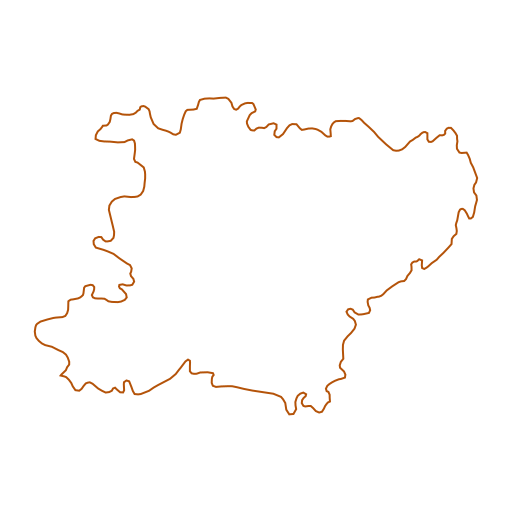 outline of Mogilev, Mogilev, Belarus, rotated 179°
{"feature_id": "67162791B13586571917215", "entity_name": "Mogilev", "entity_type": "district", "adm_level": 2, "iso_a3": "BLR", "parent_name": "Belarus", "parent_adm1": "Mogilev", "projection": "albers", "projection_center": [30.317, 53.845], "detail": "fine", "context": "isolated", "style": "outline", "palette": "amber", "viewbox_px": 512, "rotation_deg": 179, "n_neighbors": 0, "source": "geoboundaries", "source_scale": "gbopen_adm2", "svg_char_len": 6080}
<svg xmlns="http://www.w3.org/2000/svg" viewBox="0 0 512 512"><g transform="rotate(179 256 256)"><path d="M406.9,388.9L407.3,388.1L409.3,385.6L412.0,383.3L414.0,379.6L414.4,375.8L410.6,373.9L405.9,373.2L399.9,372.9L392.1,372.0L385.5,372.2L382.2,373.8L377.8,374.8L375.9,373.5L375.1,370.6L375.0,367.5L375.0,364.2L375.4,361.1L376.3,355.2L375.0,352.2L372.8,351.5L366.7,346.5L365.6,342.4L365.4,339.5L365.5,335.4L366.1,330.9L366.5,327.2L367.7,322.9L370.2,319.4L373.3,317.6L376.1,317.2L380.0,317.1L386.6,317.9L390.4,317.3L396.0,315.5L399.2,312.9L401.7,309.0L402.3,304.7L399.4,291.8L398.8,289.2L397.4,282.7L397.6,279.3L398.2,276.6L401.0,273.7L404.1,273.2L406.1,273.2L408.6,275.0L410.3,277.6L413.0,277.8L416.5,276.5L418.2,273.9L418.0,270.6L416.0,267.2L408.3,264.8L404.2,263.2L398.4,260.6L392.7,256.1L385.2,250.8L382.1,249.1L380.5,245.8L381.1,242.5L382.0,240.6L381.3,238.0L379.0,235.3L378.3,232.5L380.2,229.4L382.5,228.8L386.1,228.8L389.8,230.0L393.1,229.5L393.5,227.9L392.7,226.1L390.7,225.0L388.4,222.3L386.6,220.2L386.0,216.8L388.0,214.4L391.7,212.8L394.9,212.3L400.9,212.6L404.4,213.3L406.0,214.5L408.2,215.9L411.5,216.2L414.6,216.2L417.7,216.5L419.8,217.5L420.8,219.8L419.0,223.4L418.4,225.6L418.3,227.8L419.8,229.7L422.0,230.1L427.2,228.8L428.4,227.3L429.2,221.6L429.7,220.0L431.1,218.7L432.6,217.6L434.7,216.7L439.8,215.8L441.9,215.6L443.3,214.8L444.4,214.0L444.6,209.0L444.8,205.5L445.8,202.2L447.7,199.4L450.6,198.3L457.2,197.9L459.6,197.6L465.6,196.2L472.6,194.2L476.0,192.0L477.1,190.7L477.8,188.6L478.5,184.4L478.0,180.2L476.9,177.7L474.6,174.9L471.6,172.3L468.4,170.6L461.7,168.8L455.5,165.5L450.8,163.3L447.7,160.7L446.0,157.7L444.6,153.5L444.7,150.7L446.8,148.1L448.1,145.1L452.6,140.9L453.4,139.9L449.6,138.9L447.9,138.2L445.3,135.6L442.9,132.2L441.5,128.9L438.9,125.0L435.1,124.4L432.7,126.2L430.6,129.1L428.4,131.6L426.4,132.3L424.4,132.6L421.6,131.1L416.2,126.3L412.3,123.9L408.7,122.1L405.2,122.5L402.5,123.8L401.3,126.0L399.2,126.8L397.7,125.2L394.2,122.1L391.3,121.9L390.2,124.0L390.4,130.0L390.2,132.1L387.7,133.8L385.0,132.9L382.8,127.1L381.5,123.2L379.8,120.1L376.3,119.7L373.6,120.0L365.3,123.1L360.5,126.3L356.1,128.7L344.1,134.7L338.3,139.4L334.9,143.7L333.5,145.3L328.4,151.8L325.8,153.6L323.9,152.4L323.8,150.7L324.0,147.1L324.1,141.9L322.4,139.8L320.2,139.3L317.5,139.3L313.8,140.5L306.4,140.6L301.1,139.6L300.4,137.8L301.8,136.0L302.3,133.8L302.5,129.9L301.4,127.0L298.3,125.8L292.9,126.2L287.2,126.3L282.1,126.2L277.2,125.1L270.3,123.3L261.9,121.5L241.1,118.0L233.4,114.7L231.4,112.2L229.3,108.5L228.4,101.8L225.5,97.1L221.3,97.4L218.5,102.2L219.1,105.9L219.2,109.3L218.0,113.0L216.7,115.5L214.1,117.6L211.1,118.6L208.3,116.9L208.8,115.0L210.8,113.3L212.4,111.1L212.8,108.1L211.2,105.3L209.4,104.7L206.2,105.1L203.9,105.1L201.5,102.9L198.9,99.9L195.6,98.4L192.8,99.1L190.8,102.1L189.5,104.8L188.2,106.6L186.7,108.3L184.6,109.2L184.8,112.9L184.8,116.0L186.0,118.9L187.7,119.6L188.4,122.1L187.0,124.9L185.0,126.6L182.1,128.4L179.1,129.9L175.3,131.3L173.2,131.6L169.2,132.9L168.7,135.8L170.0,139.0L173.9,142.8L174.2,145.2L173.0,148.7L170.5,151.7L170.8,161.1L170.6,165.7L169.4,169.8L165.7,174.2L162.3,177.4L158.8,181.6L157.3,185.6L158.3,189.3L159.9,191.5L163.5,193.9L165.3,195.9L166.5,198.7L164.8,201.1L162.4,201.6L160.2,200.7L158.4,197.9L154.7,195.7L152.0,195.7L149.5,196.0L144.1,197.1L142.8,199.8L143.3,202.2L144.6,204.7L145.2,208.2L144.9,210.6L141.2,212.3L138.2,212.4L135.3,213.1L133.8,213.2L131.4,214.1L129.4,215.6L125.9,219.3L120.3,223.3L117.9,224.8L113.9,227.3L111.5,228.1L108.3,228.4L106.4,230.3L104.9,233.5L102.4,236.3L100.7,239.0L100.7,242.4L101.0,244.9L99.8,246.7L97.9,247.7L95.9,247.7L94.9,248.1L92.9,249.9L90.0,248.7L90.4,243.8L90.1,241.1L88.0,240.1L85.8,241.3L84.0,242.6L80.4,245.8L75.4,249.1L72.8,252.0L68.6,255.8L63.5,261.0L60.3,264.5L59.9,269.7L58.0,272.4L55.3,274.6L54.8,277.5L55.1,280.2L55.7,283.4L55.2,285.4L54.2,288.1L52.6,296.2L51.2,298.8L49.9,299.5L48.4,299.5L46.5,298.1L44.4,294.6L43.5,292.5L42.2,289.8L40.5,289.8L38.5,291.3L37.1,295.7L36.0,301.9L35.0,305.1L34.1,308.2L34.6,312.6L36.9,315.8L37.4,319.8L36.4,323.4L34.7,325.7L33.5,330.1L37.3,340.9L39.6,345.4L40.6,349.4L42.2,353.3L43.6,355.7L48.6,355.4L50.8,355.9L53.2,359.7L53.3,363.2L52.6,367.1L52.9,369.6L52.9,372.7L54.4,375.4L56.4,378.1L58.8,380.7L61.3,380.8L63.0,380.0L64.7,377.8L64.7,375.1L65.9,373.9L67.5,373.4L70.3,373.5L73.5,371.0L77.4,367.6L79.0,367.0L81.2,367.2L82.6,369.6L82.5,375.8L84.7,377.0L86.2,376.9L87.6,376.3L89.4,374.9L90.5,373.6L92.4,372.3L94.2,371.6L97.3,369.3L100.0,367.8L104.9,362.4L108.0,360.1L111.4,358.9L114.1,358.8L117.0,359.4L123.9,365.3L131.8,373.0L135.8,378.0L141.2,383.3L145.6,387.3L147.9,389.9L149.4,391.2L150.7,392.1L151.6,392.1L154.6,391.2L157.1,389.3L159.0,389.0L164.2,389.5L168.8,389.6L173.9,389.4L175.8,388.2L177.3,386.6L178.6,384.2L179.5,381.4L179.2,377.1L179.1,374.5L180.5,374.1L182.5,374.1L184.6,375.4L188.4,379.0L192.2,381.2L194.1,381.9L197.6,382.6L201.4,382.5L205.7,381.6L208.0,381.3L209.9,382.9L213.2,387.0L217.5,387.3L220.2,386.1L222.8,383.3L225.2,379.8L226.9,377.4L231.1,374.2L233.4,374.5L235.6,376.8L235.1,380.4L233.3,382.9L233.2,387.0L236.1,388.4L241.0,387.3L243.4,384.8L245.6,383.7L247.7,384.1L250.9,384.3L253.3,383.4L255.5,381.5L257.7,381.7L259.2,382.2L261.4,385.3L262.7,388.6L262.8,390.8L259.8,397.0L257.9,398.9L254.3,400.6L253.7,402.5L255.9,407.9L257.1,409.0L261.8,409.2L264.3,408.8L268.0,407.2L269.7,405.7L271.3,403.7L273.3,402.6L275.3,403.4L276.9,405.9L277.9,409.6L280.9,413.6L283.4,414.9L289.3,414.7L295.7,414.1L299.8,414.4L304.7,414.2L309.3,413.0L310.4,411.1L311.3,408.0L312.7,404.2L316.1,403.5L322.1,403.3L323.7,402.0L325.3,398.6L326.9,394.1L328.1,389.6L329.0,383.9L330.0,380.6L334.0,378.6L336.6,379.1L339.4,380.9L341.4,381.9L344.0,382.9L347.1,383.8L351.6,385.4L356.1,389.8L358.8,396.5L359.5,399.8L359.9,402.5L360.8,404.7L364.2,407.3L365.9,407.9L368.0,407.6L369.1,406.8L369.7,404.4L371.9,403.2L373.7,401.4L376.2,400.0L380.1,399.4L384.6,399.6L387.3,399.9L390.2,400.9L393.1,401.6L395.8,401.4L397.5,400.6L398.6,398.9L399.2,395.4L399.9,392.6L401.8,390.0L403.2,389.1L406.9,388.9Z" fill="none" stroke="#b45309" stroke-width="2"/></g></svg>